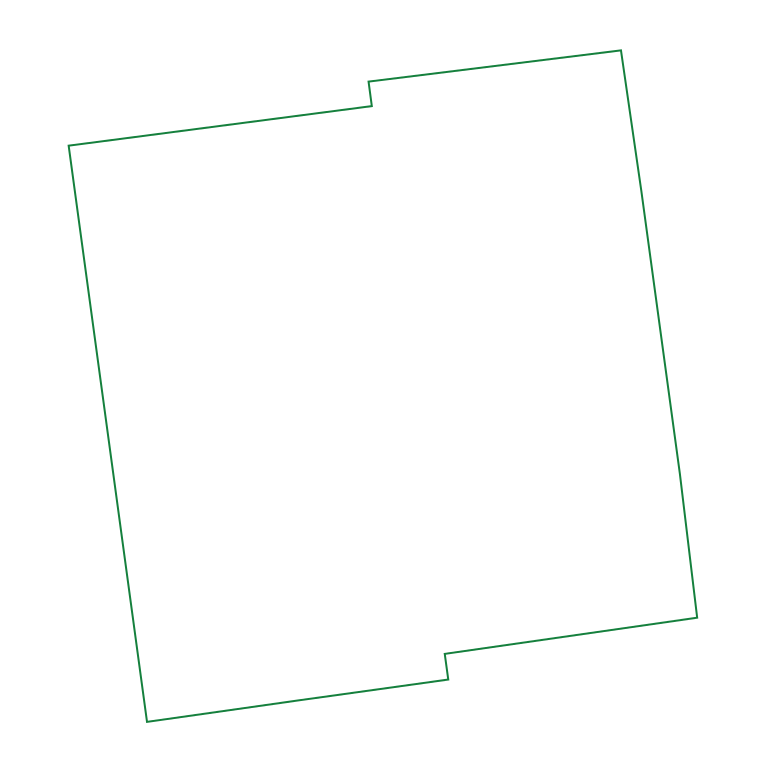 outline of Midland, Michigan, United States of America, rotated 352°
{"feature_id": "52423323B20736301303757", "entity_name": "Midland", "entity_type": "district", "adm_level": 2, "iso_a3": "USA", "parent_name": "United States of America", "parent_adm1": "Michigan", "projection": "equal_earth", "projection_center": [-84.371, 43.647], "detail": "fine", "context": "isolated", "style": "outline", "palette": "green", "viewbox_px": 768, "rotation_deg": 352, "n_neighbors": 0, "source": "geoboundaries", "source_scale": "gbopen_adm2", "svg_char_len": 308}
<svg xmlns="http://www.w3.org/2000/svg" viewBox="0 0 768 768"><g transform="rotate(352 384 384)"><path d="M102.3,685.6L254.4,685.4L406.5,685.6L406.6,659.7L661.6,659.0L664.5,514.2L665.7,228.7L665.1,86.6L410.8,82.4L410.6,107.1L104.9,104.1L102.3,685.6Z" fill="none" stroke="#15803d" stroke-width="2"/></g></svg>